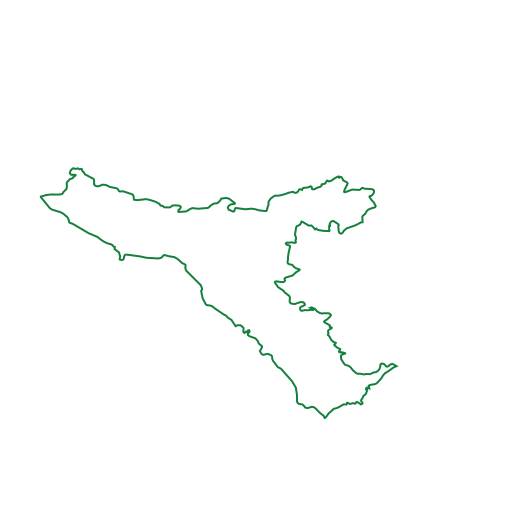 the border of Assam, rotated 232°
{"feature_id": "IND-2477", "entity_name": "Assam", "entity_type": "State", "adm_level": 1, "iso_a3": "IND", "parent_name": "India", "parent_adm1": "", "projection": "natural_earth1", "projection_center": [92.64, 26.061], "detail": "fine", "context": "isolated", "style": "outline", "palette": "green", "viewbox_px": 512, "rotation_deg": 232, "n_neighbors": 0, "source": "natural_earth", "source_scale": "10m", "svg_char_len": 6100}
<svg xmlns="http://www.w3.org/2000/svg" viewBox="0 0 512 512"><g transform="rotate(232 256 256)"><path d="M86.1,210.4L87.9,210.9L89.1,210.8L92.8,209.8L99.3,209.1L101.5,208.4L102.9,207.0L104.4,202.9L106.3,201.5L109.4,201.5L110.5,201.1L113.0,198.8L114.2,198.4L116.1,198.7L121.4,202.8L127.8,206.4L135.2,207.3L151.8,206.3L155.0,204.8L162.8,204.9L164.7,205.4L167.2,206.9L168.4,206.8L171.2,205.4L171.9,204.6L173.6,201.0L174.7,200.3L175.5,200.1L178.6,200.5L180.4,204.5L181.2,205.2L185.4,204.3L187.9,205.1L191.6,204.8L196.9,201.4L198.6,201.0L199.7,201.7L200.2,203.8L200.8,204.7L201.7,204.9L202.2,204.1L202.1,202.9L201.4,202.0L202.6,201.4L202.5,199.5L203.4,199.2L204.4,199.6L206.2,201.3L207.2,201.9L210.7,201.3L212.8,199.0L213.2,196.7L220.7,197.3L224.6,195.9L227.4,195.7L229.5,194.7L239.9,191.3L243.3,190.6L245.3,189.3L247.4,187.1L248.6,186.7L255.2,187.8L262.2,191.2L262.7,192.7L263.8,193.6L267.0,194.5L287.3,192.0L288.7,192.3L289.8,192.8L292.2,194.9L293.2,194.8L295.8,193.5L301.9,192.4L305.5,190.9L309.2,187.4L313.0,184.6L313.5,183.4L313.0,181.5L313.1,179.7L314.2,177.5L321.9,168.7L326.7,164.7L336.7,155.0L337.5,153.5L337.1,152.3L335.3,150.1L335.0,149.0L335.3,148.0L336.7,146.6L337.2,146.5L338.0,147.2L339.4,148.8L341.3,149.4L343.0,150.3L348.5,148.8L349.9,150.3L351.4,149.5L352.9,149.6L354.6,148.9L357.5,146.7L360.7,145.1L364.1,143.9L368.4,142.9L376.9,138.2L393.9,131.5L397.2,129.5L400.7,131.0L403.1,131.2L407.9,130.2L410.8,129.0L418.1,123.8L420.7,123.0L434.8,122.7L435.3,123.0L433.3,127.9L431.2,131.6L426.3,137.8L424.8,140.1L424.2,141.8L424.9,143.3L425.5,148.0L427.8,150.3L429.7,151.5L430.6,152.8L431.1,156.9L430.2,159.4L430.3,160.1L430.8,161.0L430.5,163.0L430.7,163.6L431.0,163.7L431.5,163.3L433.7,160.4L435.9,160.2L437.6,162.7L437.8,165.3L437.6,166.1L435.8,167.3L434.8,169.5L433.0,170.3L432.3,171.8L431.7,172.2L429.8,171.5L428.4,171.8L425.7,171.5L416.9,175.4L415.6,175.2L412.0,172.5L410.6,172.5L409.3,173.2L408.0,174.6L406.6,179.1L404.3,181.5L400.5,183.3L395.1,187.9L393.8,188.3L391.6,188.0L390.7,188.4L388.7,191.2L381.2,196.2L380.1,196.6L378.3,196.3L376.2,194.8L375.4,194.6L372.9,197.1L368.7,204.1L366.8,205.9L361.3,209.8L356.6,212.0L354.5,211.8L352.8,213.4L350.9,213.6L347.6,217.7L347.2,218.6L347.2,221.1L345.8,223.4L342.9,226.5L341.9,227.0L340.7,226.8L340.2,225.8L339.7,222.8L338.5,222.0L334.3,228.1L333.9,229.4L333.6,233.0L332.9,235.4L329.0,239.3L323.6,247.5L323.3,248.9L323.7,251.2L323.3,255.0L321.7,257.5L321.4,258.4L321.6,261.3L322.6,264.0L320.2,268.1L317.7,270.1L310.6,271.9L310.3,270.9L311.9,268.5L312.3,266.9L312.2,265.0L311.5,263.6L309.4,263.0L305.1,265.3L304.7,266.4L306.4,268.9L306.3,269.6L299.2,276.6L296.0,281.7L293.3,284.2L289.9,286.7L285.3,291.4L285.2,292.1L285.4,292.7L288.0,296.1L288.6,297.4L290.5,298.7L291.4,300.1L292.2,303.0L292.1,307.0L291.7,308.4L290.2,310.1L288.6,313.0L286.9,317.0L285.8,320.6L283.8,324.7L282.1,325.3L281.0,326.7L280.9,328.6L281.8,331.1L281.2,332.1L279.7,333.0L280.4,334.2L280.5,335.1L277.8,339.7L277.4,341.9L276.3,342.4L274.4,341.4L273.3,342.0L272.7,343.2L271.9,346.9L270.9,349.4L271.2,351.1L272.0,351.8L270.5,355.1L271.7,358.4L271.1,358.9L270.2,359.1L269.7,359.6L269.0,362.1L268.6,367.5L268.1,369.6L266.6,369.7L267.0,370.7L265.5,371.9L262.7,371.6L261.9,371.2L258.1,373.0L256.6,372.8L253.5,366.3L252.4,365.0L252.0,364.9L251.3,365.7L249.1,372.7L244.7,377.8L244.2,378.8L244.3,381.7L242.3,382.9L237.3,388.5L236.0,389.3L234.5,389.0L233.2,387.6L232.3,384.7L233.1,382.3L232.7,381.8L229.6,381.5L225.6,381.8L221.7,381.1L221.1,379.9L223.0,374.9L223.4,372.9L223.2,370.9L222.0,368.0L221.9,365.1L221.5,364.0L217.0,360.8L217.8,359.6L218.9,353.5L221.9,344.6L221.9,341.3L220.9,337.9L221.3,336.7L222.9,335.9L225.1,336.7L229.0,339.3L229.3,340.2L230.3,340.5L235.9,338.6L236.9,336.5L236.2,334.2L234.3,332.9L234.8,332.4L234.5,332.1L232.1,330.1L230.7,329.6L230.6,328.9L234.5,324.4L237.8,321.4L239.1,320.6L240.5,320.4L240.7,318.9L243.0,318.9L245.8,318.5L247.5,316.3L254.7,313.5L255.1,313.1L254.1,311.4L253.6,309.7L254.3,306.6L253.8,305.2L248.8,299.9L245.0,298.4L244.1,296.8L242.2,295.8L242.1,295.3L242.3,294.8L245.0,292.3L246.2,290.1L247.5,288.8L247.7,288.1L247.4,287.1L246.1,287.1L243.9,288.6L243.2,288.9L242.6,288.8L238.4,283.6L235.9,281.0L233.4,278.9L232.2,277.4L230.5,276.5L228.8,277.3L226.7,279.1L223.8,279.3L221.6,280.0L218.7,282.0L218.3,282.0L218.1,281.7L218.5,277.1L218.1,272.9L220.8,265.8L220.5,264.4L218.8,263.9L218.5,263.1L218.6,261.6L219.1,260.7L223.5,256.4L224.0,255.2L223.7,254.6L218.0,254.2L211.6,256.3L209.7,256.2L204.1,257.6L202.3,257.2L199.9,254.8L198.5,254.1L197.5,254.2L196.7,254.6L194.3,256.9L192.4,262.5L191.0,264.3L189.8,265.0L188.0,264.9L187.4,264.4L187.5,262.9L188.2,260.2L188.2,259.2L187.8,258.5L186.0,257.7L185.2,257.9L184.6,258.4L183.2,261.3L181.2,263.6L180.0,265.9L178.3,267.8L178.4,268.2L179.7,268.3L181.7,267.0L181.4,268.0L178.3,269.8L175.1,270.0L171.9,271.1L170.0,272.6L169.2,274.1L166.6,277.4L165.6,278.4L163.9,278.8L163.1,278.5L162.6,276.8L162.3,273.1L162.6,270.1L162.4,269.3L161.4,269.2L155.9,271.5L154.7,270.5L153.0,271.6L152.6,271.4L152.5,270.8L152.9,268.9L152.9,267.2L152.0,266.1L150.5,265.6L149.7,264.1L146.9,264.3L143.7,263.6L140.6,264.1L138.5,265.4L138.0,264.7L137.8,263.0L137.0,262.9L133.5,263.7L130.8,265.0L130.2,264.5L129.8,262.7L128.8,262.4L127.1,264.6L124.5,266.4L124.3,266.3L124.4,265.7L125.5,262.9L125.1,261.6L122.3,259.6L116.7,259.1L115.3,259.3L112.5,261.3L109.9,262.0L106.3,262.0L101.6,263.0L100.7,263.5L99.0,265.7L96.2,268.1L95.0,270.4L92.7,273.1L91.9,276.7L90.6,279.2L90.4,280.7L90.8,283.3L91.8,285.2L93.8,287.2L94.0,288.0L93.6,289.2L91.8,290.5L89.1,290.6L88.2,291.0L87.8,291.9L87.6,295.7L87.0,297.1L82.7,298.9L83.5,295.5L83.7,290.3L84.2,285.4L83.7,282.7L82.4,279.2L81.4,273.1L81.6,271.3L84.1,266.6L84.4,265.0L81.9,263.8L83.9,262.6L84.1,261.7L83.2,260.5L82.2,261.2L81.8,261.1L79.9,258.0L79.6,257.4L79.6,254.5L78.4,252.4L77.8,250.2L77.1,249.6L75.1,249.6L74.2,249.1L74.4,247.3L76.0,246.9L78.8,245.7L79.0,245.2L78.5,243.4L78.7,243.0L80.2,242.1L81.5,239.0L84.2,237.6L84.3,237.2L83.4,236.3L83.5,235.4L85.1,233.9L86.0,227.8L86.8,225.0L87.7,223.5L87.2,216.3L85.8,211.3L86.1,210.4Z" fill="none" stroke="#15803d" stroke-width="2"/></g></svg>